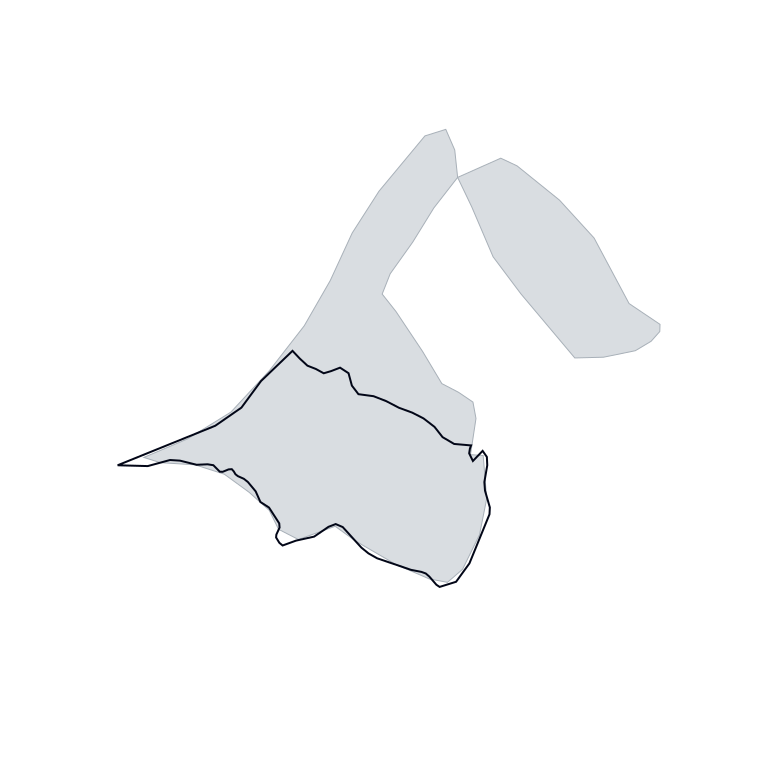 Belait on a map of Brunei (orthographic projection), rotated 336°
{"feature_id": "BRN-1181", "entity_name": "Belait", "entity_type": "District", "adm_level": 1, "iso_a3": "BRN", "parent_name": "Brunei", "parent_adm1": "", "projection": "orthographic", "projection_center": [114.479, 4.349], "detail": "fine", "context": "in_parent", "style": "outline", "palette": "ink", "viewbox_px": 768, "rotation_deg": 336, "n_neighbors": 0, "source": "natural_earth", "source_scale": "10m", "svg_char_len": 1801}
<svg xmlns="http://www.w3.org/2000/svg" viewBox="0 0 768 768"><g transform="rotate(336 384 384)"><path d="M535.3,225.2L501.2,243.4L467.9,266.1L434.5,285.8L418.9,301.1L424.4,322.6L432.5,370.0L437.0,407.2L448.7,421.9L457.9,436.7L454.0,452.9L434.3,483.7L445.5,489.7L431.2,530.5L409.9,560.6L380.4,585.2L361.3,591.0L346.1,580.5L321.3,553.5L294.2,516.0L281.5,494.1L242.5,491.2L228.6,473.9L227.8,452.8L216.7,428.0L201.4,401.4L178.4,380.9L147.7,364.9L134.7,353.4L182.2,354.2L232.7,347.4L284.7,325.2L334.8,298.4L376.9,267.7L416.4,233.1L457.9,205.8L522.3,174.0L544.0,176.5L543.8,199.0L535.3,225.2ZM582.5,225.2L594.3,238.9L619.1,287.4L635.3,336.1L640.6,410.2L660.4,441.8L657.3,448.2L645.4,453.6L627.1,455.8L595.4,448.8L568.9,437.8L545.8,357.6L535.4,312.2L536.2,258.0L535.3,225.2L582.5,225.2Z" fill="#d9dde1" stroke="#a8b0b8" stroke-width="1"/><path d="M258.1,495.0L239.9,491.3L225.7,490.3L223.8,486.5L223.0,480.3L224.4,477.8L230.2,472.7L231.6,468.7L228.7,450.1L223.1,441.5L223.1,429.9L219.8,418.2L217.4,413.6L213.0,408.7L211.6,406.0L211.2,402.7L210.3,399.9L207.3,398.8L200.9,398.6L198.3,397.3L195.1,388.8L190.2,385.6L180.0,381.6L166.4,371.0L157.6,366.4L134.8,362.9L107.6,349.9L212.9,353.5L244.1,347.6L272.8,331.3L313.9,316.5L317.4,326.5L321.5,336.1L327.9,342.6L333.3,349.7L340.9,350.7L350.5,351.2L356.0,359.7L354.0,372.4L356.5,382.9L369.5,390.9L379.0,400.5L388.0,411.8L398.1,421.6L406.1,431.5L412.7,443.7L415.9,456.4L423.7,467.3L437.6,475.0L438.6,475.5L436.1,478.1L433.6,482.0L433.9,490.5L446.9,485.2L448.3,492.5L445.3,500.2L435.8,514.4L432.9,522.5L430.5,539.8L427.4,545.9L389.1,582.6L369.4,594.0L352.3,592.0L350.2,588.7L347.1,578.4L345.1,574.1L341.8,570.9L333.0,564.7L306.8,540.4L300.9,532.4L296.8,524.3L288.1,497.9L282.9,492.3L275.2,491.9L258.1,495.0Z" fill="none" stroke="#020617" stroke-width="2"/></g></svg>